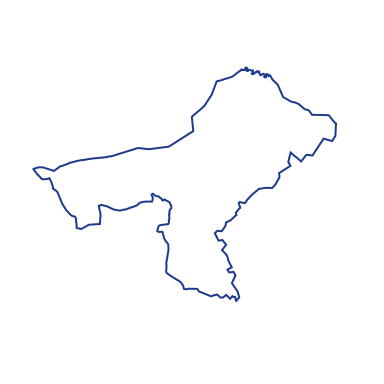 the district of Nangere, Yobe, Nigeria, rotated 81°
{"feature_id": "59680162B90533313280833", "entity_name": "Nangere", "entity_type": "district", "adm_level": 2, "iso_a3": "NGA", "parent_name": "Nigeria", "parent_adm1": "Yobe", "projection": "mercator", "projection_center": [10.961, 11.807], "detail": "fine", "context": "isolated", "style": "outline", "palette": "blue", "viewbox_px": 384, "rotation_deg": 81, "n_neighbors": 0, "source": "geoboundaries", "source_scale": "gbopen_adm2", "svg_char_len": 4593}
<svg xmlns="http://www.w3.org/2000/svg" viewBox="0 0 384 384"><g transform="rotate(81 192 192)"><path d="M163.6,45.7L159.2,41.7L153.8,40.5L150.9,39.9L146.9,39.0L146.3,39.9L137.6,44.9L136.1,52.4L134.6,61.3L129.6,63.9L127.8,67.8L121.8,72.9L120.0,75.7L118.1,80.2L112.4,87.2L99.5,90.5L93.5,95.0L89.1,96.5L88.9,96.8L88.9,97.1L89.1,97.5L89.4,97.8L89.5,98.0L89.3,98.1L88.9,98.2L88.5,98.3L88.2,98.4L87.8,98.6L87.5,98.8L87.3,99.0L87.3,99.4L87.5,99.5L87.9,99.6L88.3,99.7L88.7,100.0L89.0,100.2L89.1,100.4L89.2,100.5L89.5,100.5L89.9,100.6L90.1,100.8L90.2,101.0L90.2,101.3L89.9,101.7L89.9,101.9L90.0,102.1L90.0,102.4L89.8,102.6L89.5,102.7L89.2,102.6L89.0,102.4L88.9,102.1L88.9,101.8L88.7,101.5L88.5,101.2L88.4,101.0L88.1,101.0L87.7,100.9L87.5,101.0L87.4,101.2L87.4,101.6L87.2,102.1L87.2,102.4L86.9,102.6L86.7,102.7L86.5,102.9L86.6,103.5L86.6,104.1L86.7,104.5L86.9,104.7L87.1,105.0L87.4,105.4L87.5,105.6L87.4,105.9L87.2,106.2L86.6,106.3L85.9,106.7L85.4,107.0L85.0,107.0L84.9,106.8L84.4,106.7L83.4,107.1L83.3,107.4L83.5,107.8L83.1,108.0L82.9,108.3L82.8,108.6L83.1,108.9L83.5,109.2L83.8,109.5L83.5,110.1L83.7,110.6L84.1,111.1L84.4,111.6L84.6,112.0L85.0,112.5L84.9,113.2L85.0,113.6L85.0,114.0L84.8,114.3L84.3,114.4L83.9,114.0L83.5,113.6L83.2,113.2L82.8,112.9L82.3,112.9L82.0,112.8L81.5,112.8L81.4,113.3L81.5,113.8L81.4,114.2L80.7,115.3L80.3,116.2L80.3,116.6L80.7,117.1L81.1,117.6L81.3,118.1L80.7,119.1L80.1,118.9L79.7,118.9L79.6,118.6L79.6,118.2L79.2,118.0L78.7,118.0L78.2,118.3L77.7,118.6L77.6,119.0L77.7,119.6L77.8,119.9L78.0,120.2L78.6,120.3L79.2,120.3L79.5,120.6L79.7,121.1L79.7,121.6L79.4,122.4L79.4,122.9L79.5,123.4L78.8,123.8L79.2,124.7L80.2,126.1L81.1,128.1L84.4,134.1L85.3,139.9L85.5,142.2L86.2,145.4L86.2,145.7L86.2,146.1L86.4,147.8L86.6,150.3L98.8,157.2L109.0,166.4L111.7,170.7L115.9,177.5L117.7,180.4L132.1,181.2L133.4,184.4L141.8,203.7L143.6,207.9L143.0,227.6L140.1,238.6L144.1,265.9L144.0,267.6L143.8,269.1L144.2,270.6L144.1,273.1L143.7,279.6L143.4,284.1L143.3,292.6L143.5,293.7L143.2,295.4L143.3,298.5L143.4,301.6L143.7,303.4L143.9,305.7L144.0,308.2L144.1,308.4L144.8,310.7L144.9,310.9L145.2,312.8L145.9,316.0L146.0,318.1L149.6,325.0L144.4,335.2L143.6,339.9L143.7,340.4L143.9,341.8L144.2,343.7L144.6,345.0L146.6,344.1L148.7,342.8L150.0,342.2L152.1,340.7L153.5,339.7L155.7,338.3L156.2,336.7L156.5,332.9L156.1,330.7L158.2,330.1L159.4,329.6L160.9,329.2L165.7,328.5L166.9,328.8L169.5,326.0L171.4,324.8L183.1,322.1L189.9,319.2L195.3,315.7L196.7,314.4L198.1,311.3L199.1,311.2L199.8,310.8L200.2,310.7L200.7,310.6L202.9,311.2L203.3,311.2L203.7,311.0L204.7,311.0L206.6,311.2L209.5,311.5L211.2,307.2L209.5,302.4L208.2,298.9L209.2,288.0L202.5,286.4L201.5,286.2L199.5,285.9L196.6,285.9L194.3,286.2L190.9,286.1L191.0,284.8L190.5,283.7L193.0,277.9L195.7,274.1L195.7,273.9L197.2,271.8L197.7,270.0L198.1,269.3L199.1,266.0L198.7,261.6L199.0,261.0L197.6,253.9L197.7,253.4L196.4,247.9L195.9,247.7L194.4,245.0L194.1,240.4L195.2,233.0L194.2,232.4L192.3,231.8L191.1,231.6L189.2,232.2L188.1,232.3L187.6,230.9L188.7,229.8L189.9,228.8L190.6,227.4L191.2,225.6L192.6,224.5L192.9,224.2L193.2,223.9L193.3,223.6L193.7,223.3L194.3,223.1L195.4,222.6L195.7,222.2L195.9,222.1L195.0,220.5L198.5,215.9L203.0,214.6L204.9,215.1L206.1,216.7L207.4,217.0L208.1,217.5L209.3,217.8L210.3,217.6L211.2,218.4L212.2,218.3L214.4,218.4L216.5,219.4L218.3,219.4L220.0,220.5L219.7,228.5L220.0,229.4L220.3,229.9L220.8,230.4L221.3,230.7L223.3,231.7L225.0,232.5L226.2,231.3L226.7,227.4L233.2,226.8L235.7,226.0L237.3,225.1L238.8,224.2L240.2,223.7L244.2,224.1L244.3,224.1L244.9,224.1L258.8,228.7L260.4,228.6L266.8,230.0L268.2,229.5L271.9,225.7L279.0,217.5L282.9,215.4L286.4,215.1L287.3,212.5L286.9,211.0L287.9,205.5L288.5,202.0L291.2,200.8L294.9,194.6L296.8,191.5L298.1,189.3L297.5,187.3L297.4,185.2L297.2,183.4L298.7,181.9L300.7,180.6L301.0,177.8L299.0,174.3L303.4,171.0L301.2,168.5L302.4,167.1L302.3,166.0L303.7,165.5L304.8,165.8L306.4,165.3L303.4,161.8L297.5,162.5L288.3,166.8L281.1,162.1L277.3,163.5L277.3,167.8L274.3,169.1L272.5,164.5L270.6,165.2L267.7,166.1L264.9,166.9L263.0,166.9L261.2,167.3L260.0,167.5L257.8,168.9L254.1,171.4L253.9,171.3L249.5,166.5L244.2,169.5L244.2,173.4L236.3,175.9L236.2,175.9L234.3,173.1L235.4,168.8L230.9,164.4L227.3,163.0L226.1,158.5L226.0,158.4L221.5,151.6L219.5,152.0L215.7,148.0L215.1,146.8L210.2,147.6L209.4,146.3L211.0,142.5L211.0,141.0L208.5,138.9L203.8,132.8L199.4,125.4L199.4,118.4L200.6,112.2L200.1,111.6L197.9,108.6L191.1,103.3L186.9,103.0L181.6,90.7L177.4,92.2L168.5,88.4L172.6,84.9L173.4,84.1L178.9,79.4L173.1,73.2L174.8,67.3L159.9,53.7L163.6,45.7Z" fill="none" stroke="#1e3a8a" stroke-width="2"/></g></svg>